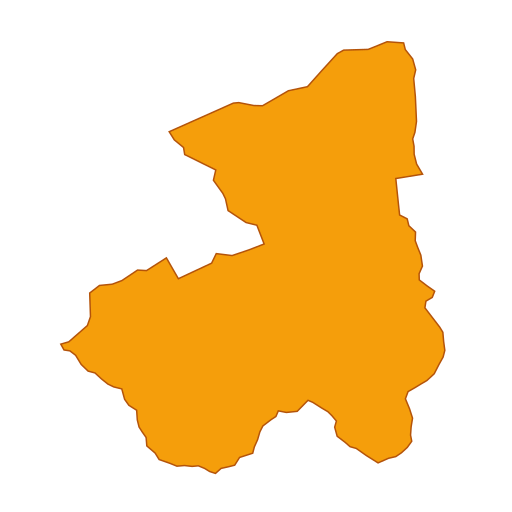 Passo do Sobrado, Rio Grande do Sul, Brazil (Robinson projection), rotated 182°
{"feature_id": "56859067B30972219704232", "entity_name": "Passo do Sobrado", "entity_type": "district", "adm_level": 2, "iso_a3": "BRA", "parent_name": "Brazil", "parent_adm1": "Rio Grande do Sul", "projection": "robinson", "projection_center": [-52.245, -29.77], "detail": "fine", "context": "isolated", "style": "filled", "palette": "amber", "viewbox_px": 512, "rotation_deg": 182, "n_neighbors": 0, "source": "geoboundaries", "source_scale": "gbopen_adm2", "svg_char_len": 1848}
<svg xmlns="http://www.w3.org/2000/svg" viewBox="0 0 512 512"><g transform="rotate(182 256 256)"><path d="M448.0,161.1L444.6,155.4L438.7,154.7L432.8,150.5L426.9,141.5L419.8,135.1L412.8,133.5L406.2,127.8L399.5,122.8L393.6,120.2L385.5,118.5L382.3,108.2L377.8,102.3L369.9,97.7L368.9,88.0L366.9,81.0L363.5,76.1L359.5,70.8L358.5,62.4L349.9,55.5L345.7,49.2L334.8,45.8L327.7,43.2L320.2,44.1L312.5,43.5L306.3,44.3L299.9,41.9L294.8,39.0L288.9,37.3L283.5,42.5L275.8,44.5L270.0,46.2L265.4,54.1L252.4,58.8L251.0,65.1L248.0,72.5L246.0,80.4L243.2,86.4L235.3,92.9L230.5,96.3L228.3,102.0L220.2,100.7L209.4,102.2L199.0,113.6L194.1,111.7L185.1,106.4L178.7,102.9L174.5,99.0L169.9,93.9L171.4,87.7L168.6,78.7L160.7,73.1L155.3,68.7L149.1,67.2L138.7,60.4L126.8,53.5L116.4,58.5L109.3,60.4L103.8,64.4L98.1,70.0L93.9,76.3L95.3,82.4L95.0,90.7L93.9,99.4L97.2,108.6L101.7,118.5L99.3,125.8L92.2,130.2L86.6,133.9L80.9,137.5L73.8,144.5L69.3,154.1L65.5,161.5L64.0,168.3L65.5,177.2L66.6,186.3L69.9,191.3L85.4,210.1L84.6,216.8L78.4,220.8L76.2,227.0L84.0,232.1L92.0,237.8L92.4,244.0L89.3,251.7L91.3,262.6L94.7,270.2L97.4,276.8L97.4,285.5L104.3,291.6L106.2,298.4L113.9,302.0L115.4,312.4L119.0,338.3L92.4,343.6L98.7,353.5L101.5,363.2L101.9,371.2L103.5,378.5L101.5,385.1L100.3,396.1L102.3,420.9L104.6,438.9L102.9,447.6L106.3,458.4L114.0,467.5L115.9,474.1L132.5,474.7L151.1,466.4L175.6,464.8L181.8,461.1L197.0,443.2L210.5,427.0L229.4,422.3L254.7,406.4L263.4,406.3L278.6,408.7L284.0,408.0L347.1,377.2L341.7,369.2L332.2,361.9L330.8,354.9L299.2,340.6L301.2,330.2L291.3,317.4L288.5,312.1L285.5,300.4L267.1,289.1L256.2,286.8L248.3,268.3L263.2,261.9L279.9,255.6L295.8,257.0L300.1,247.3L332.8,230.6L345.5,251.0L364.9,237.6L373.9,237.8L389.1,226.8L398.7,222.8L411.4,221.1L420.9,213.2L419.3,189.6L422.1,180.6L440.1,163.7L448.0,161.1Z" fill="#f59e0b" stroke="#b45309" stroke-width="1.5"/></g></svg>